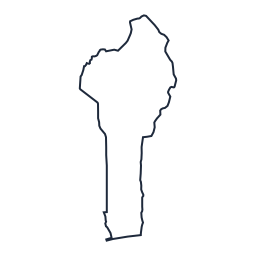 outline of Benin
{"feature_id": "BEN", "entity_name": "Benin", "entity_type": "country or territory", "adm_level": 0, "iso_a3": "BEN", "parent_name": "Africa", "parent_adm1": "", "projection": "natural_earth1", "projection_center": [2.346, 9.3], "detail": "fine", "context": "isolated", "style": "outline", "palette": "slate", "viewbox_px": 256, "rotation_deg": 0, "n_neighbors": 0, "source": "natural_earth", "source_scale": "50m", "svg_char_len": 1782}
<svg xmlns="http://www.w3.org/2000/svg" viewBox="0 0 256 256"><path d="M106.7,240.6L106.3,239.4L111.6,237.8L110.5,233.0L107.2,227.3L106.0,226.3L105.3,223.5L106.1,221.6L105.7,220.4L105.4,216.5L103.8,212.3L106.8,212.1L106.8,198.6L106.8,185.5L106.8,174.4L106.8,165.6L106.2,155.1L106.2,147.4L106.0,137.2L105.0,134.0L100.5,128.6L99.3,125.8L99.1,122.1L98.1,118.3L98.1,111.6L98.0,103.8L97.6,102.6L92.8,98.9L85.9,93.6L80.7,89.6L80.3,89.3L79.8,88.4L80.6,76.5L81.7,75.0L83.3,70.1L84.1,66.2L84.9,66.2L86.0,64.9L86.8,63.1L87.7,63.5L89.2,63.8L89.9,63.2L89.8,61.7L90.3,60.2L91.5,59.6L91.8,58.3L91.9,56.7L92.9,56.3L94.6,56.4L96.1,55.9L97.2,55.2L98.7,52.1L99.6,51.0L99.8,50.3L100.7,49.6L103.0,49.3L104.9,49.5L106.1,51.3L114.2,49.7L118.0,50.7L125.9,42.9L127.6,40.7L130.0,35.2L130.8,33.2L131.6,29.4L130.0,22.5L130.1,21.3L133.3,19.8L137.4,18.6L139.0,18.5L140.0,18.0L141.5,16.5L143.9,15.4L145.3,15.7L146.1,15.9L154.7,25.1L158.3,29.7L159.3,32.1L161.3,33.8L164.1,34.8L166.6,37.2L168.6,40.5L167.3,42.8L165.4,47.7L165.3,51.5L170.0,59.5L170.6,60.3L171.8,61.5L172.5,63.0L173.0,67.0L173.4,71.4L173.7,74.4L176.0,78.6L176.2,80.3L174.6,86.6L174.2,87.2L173.8,87.4L171.4,86.9L170.3,87.5L169.0,89.7L168.1,91.8L168.1,92.7L170.3,96.6L168.9,102.3L167.5,105.9L165.0,107.9L162.7,108.4L161.1,109.3L160.2,110.6L160.4,114.6L157.0,118.4L155.2,120.9L154.3,122.5L154.7,127.3L153.5,132.1L151.4,136.0L146.8,136.8L143.0,137.2L141.6,147.0L141.7,153.1L141.4,159.4L140.7,162.0L141.0,165.6L140.7,173.7L140.2,180.1L140.9,181.9L141.3,185.6L141.2,189.5L142.2,192.3L143.3,194.6L143.3,195.9L142.7,196.6L142.2,197.6L142.2,206.8L142.4,209.6L142.1,211.3L141.3,212.8L141.6,217.4L142.3,220.4L143.0,222.6L142.3,224.4L141.7,226.8L140.9,232.9L140.8,235.1L127.6,236.6L112.9,239.0L106.7,240.6Z" fill="none" stroke="#1e293b" stroke-width="2"/></svg>